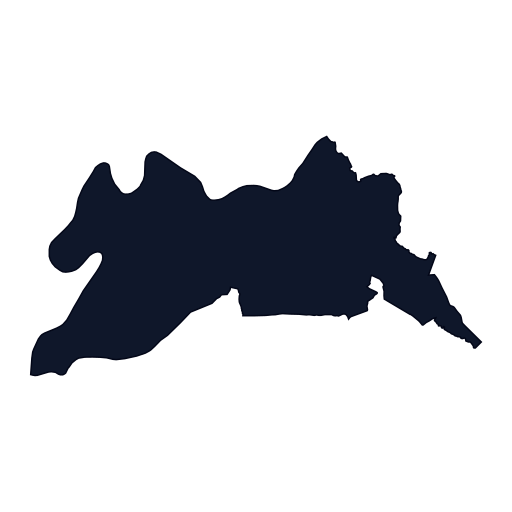 Wiang Nong Long, Lamphun, Thailand
{"feature_id": "78962969B5977206597344", "entity_name": "Wiang Nong Long", "entity_type": "district", "adm_level": 2, "iso_a3": "THA", "parent_name": "Thailand", "parent_adm1": "Lamphun", "projection": "albers", "projection_center": [98.777, 18.415], "detail": "fine", "context": "isolated", "style": "filled", "palette": "ink", "viewbox_px": 512, "rotation_deg": 0, "n_neighbors": 0, "source": "geoboundaries", "source_scale": "gbopen_adm2", "svg_char_len": 6058}
<svg xmlns="http://www.w3.org/2000/svg" viewBox="0 0 512 512"><path d="M475.3,348.0L481.3,342.0L465.1,326.0L462.7,323.5L462.1,322.5L461.2,317.6L460.7,315.9L460.2,315.0L457.0,311.3L454.2,307.4L453.1,306.6L450.6,305.7L450.0,305.3L449.5,304.6L448.6,302.6L446.6,297.0L441.9,287.8L438.7,280.9L437.7,279.2L436.5,277.4L434.4,274.7L428.5,275.1L435.7,255.3L433.9,254.5L433.1,253.7L431.7,254.0L431.1,252.6L430.8,252.4L430.0,252.4L429.3,252.8L429.3,253.3L429.5,254.3L429.4,254.5L428.5,255.8L428.4,256.6L427.4,258.6L426.7,259.4L426.0,259.7L424.9,259.8L423.4,259.5L422.0,259.0L420.5,258.9L416.3,257.0L415.4,256.3L414.0,254.7L412.2,254.2L411.1,253.4L409.9,253.3L408.8,251.7L408.9,250.6L408.4,249.9L406.1,249.7L405.2,248.7L404.2,248.4L402.2,246.3L400.9,246.2L400.0,245.9L399.4,245.1L398.6,244.9L398.0,243.9L397.0,243.4L396.0,241.6L395.4,241.0L394.9,239.3L394.0,238.0L394.0,237.4L394.6,237.3L395.5,238.0L395.9,237.9L396.5,235.7L398.4,233.7L399.5,232.7L399.9,232.2L400.1,231.5L400.0,228.9L400.2,227.0L399.2,225.6L399.0,225.2L399.0,224.3L399.2,222.9L400.5,220.9L400.7,216.4L400.7,216.1L399.0,214.4L398.3,213.1L397.6,210.4L397.5,205.3L397.7,202.6L397.9,201.9L398.2,198.9L398.2,196.5L398.4,195.8L398.7,195.3L400.7,193.3L401.3,192.4L401.4,191.5L401.3,191.0L400.9,190.1L400.6,188.5L400.1,187.1L399.8,185.4L399.3,184.5L398.9,183.9L397.8,183.0L395.5,180.2L394.1,178.2L393.9,177.4L394.0,177.0L394.7,176.2L394.6,175.8L393.0,175.3L392.0,174.3L391.1,174.3L390.7,174.6L389.8,174.7L387.7,173.9L386.4,173.5L385.4,173.5L380.9,173.7L378.2,175.9L377.5,176.0L375.5,175.7L374.4,175.1L374.1,174.5L373.6,174.3L373.2,174.3L371.6,175.5L368.6,176.2L364.6,177.7L362.8,178.7L361.4,179.0L360.8,179.3L360.6,179.8L360.9,181.0L360.4,181.4L359.4,181.8L358.6,181.9L358.2,181.8L357.2,181.1L356.8,181.0L356.4,179.9L356.1,175.0L355.6,173.0L355.5,172.8L354.9,173.0L354.3,172.8L353.2,172.2L352.4,171.1L351.6,170.8L350.5,170.8L350.2,170.4L349.8,168.9L349.7,168.1L351.4,167.1L351.6,166.7L351.1,165.7L350.5,164.1L349.7,162.8L348.4,160.1L347.3,157.1L344.8,156.9L341.3,153.1L338.7,153.6L337.9,153.3L337.1,152.8L336.2,151.5L335.5,149.9L335.6,149.4L335.5,148.5L335.7,146.2L335.1,142.3L334.8,142.1L333.5,142.4L332.5,141.9L331.3,141.7L330.7,141.4L328.3,138.9L326.7,136.5L321.8,138.9L319.0,141.0L317.2,142.4L315.1,144.8L311.8,149.9L308.1,155.2L302.8,163.5L298.9,167.9L296.7,171.1L294.7,174.5L294.2,177.0L292.4,180.6L290.5,182.9L287.2,185.8L285.0,187.3L282.8,188.5L278.2,190.5L274.0,190.8L271.5,190.3L260.0,186.3L256.7,185.7L253.5,185.5L246.9,185.7L243.0,186.7L238.7,188.4L237.2,189.5L230.4,193.2L227.7,195.3L225.1,197.0L222.0,198.7L218.6,199.7L214.7,200.2L212.7,200.2L211.2,200.0L209.8,199.4L206.5,196.1L205.0,193.5L203.8,191.2L202.4,186.7L200.6,182.4L194.7,176.3L180.4,167.8L161.0,154.3L156.2,152.1L154.2,151.9L151.4,152.4L148.9,154.0L146.7,156.2L145.8,158.8L145.1,161.9L144.6,175.6L143.3,180.4L140.6,185.1L140.2,186.3L137.4,189.1L133.5,191.9L131.4,193.3L128.3,194.1L125.5,194.2L123.5,193.9L121.5,192.7L120.1,191.3L119.1,189.6L114.6,184.1L111.8,178.2L110.4,173.5L109.3,166.3L108.6,164.8L107.6,164.0L105.6,163.1L103.8,162.9L102.5,163.2L100.3,164.0L97.9,165.6L95.5,167.6L93.4,171.5L89.4,177.9L84.0,186.0L82.3,189.4L78.5,198.2L77.6,202.3L76.7,208.3L75.8,212.4L74.7,216.4L72.8,220.3L70.5,223.0L68.2,225.9L64.6,229.7L55.1,238.8L51.6,242.5L49.9,246.1L49.3,249.4L49.3,256.4L50.4,260.0L52.3,263.4L55.2,266.8L60.0,270.3L62.8,271.8L65.8,272.1L68.6,271.8L71.7,271.2L75.7,269.7L78.5,267.7L82.5,263.7L89.5,255.5L92.6,253.4L94.9,252.4L97.4,251.8L99.8,252.1L101.7,253.3L102.5,255.1L102.8,257.2L102.5,260.4L101.1,263.8L99.2,267.5L96.6,271.7L83.3,290.8L78.8,298.9L73.7,307.6L70.3,314.0L66.8,320.1L62.9,324.5L60.4,326.2L56.7,328.1L53.1,329.6L44.6,333.1L42.0,334.6L40.6,336.0L38.4,339.0L33.8,349.0L32.7,352.0L31.9,357.9L30.7,374.6L32.7,375.1L35.0,375.5L37.4,375.3L48.5,372.0L51.3,371.7L55.5,372.3L58.4,374.1L60.4,374.8L62.8,374.8L64.4,374.0L65.6,373.1L68.0,368.2L69.1,367.0L71.9,362.9L75.9,359.6L78.6,358.1L84.8,357.1L92.6,357.0L99.9,357.2L106.7,357.8L112.9,359.3L116.2,359.6L124.8,358.6L136.7,356.0L145.3,353.1L149.2,351.0L150.7,350.0L154.6,346.4L160.5,340.3L167.5,335.3L180.3,322.8L190.5,312.1L212.0,303.3L216.7,298.5L217.9,298.0L219.7,297.0L221.2,295.0L221.9,294.7L227.1,294.4L230.0,289.9L230.5,287.2L237.8,288.8L238.4,290.3L238.8,292.2L239.7,293.5L239.9,294.0L239.7,295.1L239.4,295.6L239.3,296.3L239.1,299.2L239.3,301.9L239.6,302.9L240.8,305.6L241.3,307.1L241.4,308.4L241.9,309.8L241.8,310.7L242.5,312.0L242.4,313.1L243.0,314.2L242.9,315.7L254.9,315.7L265.7,315.4L272.0,314.8L275.2,314.7L279.2,314.0L282.4,313.6L290.2,314.0L298.9,314.2L306.5,314.9L308.2,314.7L309.5,314.7L313.9,315.3L314.8,315.3L316.4,314.9L318.7,315.3L321.1,315.3L324.8,314.6L331.7,314.6L333.5,315.5L334.3,315.7L335.6,315.8L337.0,315.6L338.6,316.0L342.6,314.1L343.8,314.0L345.2,314.1L346.1,314.6L347.7,316.6L348.6,319.1L349.8,317.5L351.0,316.6L367.1,310.7L367.3,310.5L367.5,309.7L366.9,306.1L367.7,303.0L367.6,301.4L372.9,297.8L374.4,295.2L376.4,294.0L377.1,293.4L377.2,292.7L376.7,292.3L375.9,291.8L369.5,288.8L368.3,287.9L366.9,286.7L369.1,284.8L370.0,283.6L370.1,283.3L369.8,283.0L369.6,282.1L370.1,280.8L370.7,277.2L371.1,276.1L371.6,275.3L379.7,279.0L380.4,279.7L383.3,283.4L384.0,285.8L383.1,286.4L383.1,287.4L384.1,291.2L384.0,295.7L384.3,299.1L410.1,314.4L410.4,314.3L410.8,314.5L412.9,316.0L418.5,320.6L419.6,321.7L422.3,325.0L423.1,325.0L423.5,324.7L426.2,322.5L429.4,320.8L432.5,318.7L435.8,317.7L435.5,318.6L434.6,319.8L434.5,320.5L434.8,320.9L436.1,322.1L437.1,323.7L438.4,324.5L438.6,324.9L438.4,325.7L438.6,325.9L440.9,325.8L441.4,326.4L441.4,327.3L441.6,327.6L441.8,327.9L442.5,328.1L443.1,327.9L443.3,327.6L443.4,326.7L443.7,326.5L444.2,326.6L444.6,327.1L444.2,328.9L444.5,329.5L446.4,330.5L447.6,331.5L450.2,332.6L451.4,333.8L453.0,334.3L454.6,335.3L455.1,335.9L456.5,336.1L457.6,336.7L459.9,336.8L460.9,338.1L461.9,338.6L462.6,338.6L464.4,338.0L464.8,338.2L465.2,338.5L465.6,339.3L465.9,341.0L468.4,342.0L469.8,342.0L470.6,342.2L473.3,345.9L473.5,347.4L473.7,347.8L474.4,348.0L475.3,348.0Z" fill="#0f172a" stroke="#020617" stroke-width="1.5"/></svg>